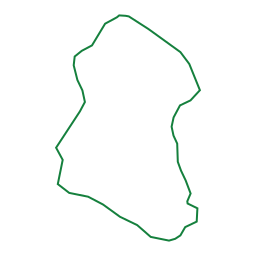 Divaca, Albers equal-area conic projection
{"feature_id": "SVN-1025", "entity_name": "Divaca", "entity_type": "Municipality", "adm_level": 1, "iso_a3": "SVN", "parent_name": "Slovenia", "parent_adm1": "", "projection": "albers", "projection_center": [14.026, 45.685], "detail": "fine", "context": "isolated", "style": "outline", "palette": "green", "viewbox_px": 256, "rotation_deg": 0, "n_neighbors": 0, "source": "natural_earth", "source_scale": "10m", "svg_char_len": 638}
<svg xmlns="http://www.w3.org/2000/svg" viewBox="0 0 256 256"><path d="M148.4,29.0L180.4,52.1L189.3,64.0L199.9,90.2L190.5,100.4L180.0,105.4L173.6,117.4L171.6,126.7L173.5,135.6L177.2,143.6L177.8,161.8L181.0,170.6L185.7,180.5L190.6,193.5L187.3,201.3L187.6,203.5L197.4,208.3L196.7,221.6L185.2,227.1L180.4,235.4L175.2,238.8L169.0,240.6L150.7,236.9L137.2,225.1L120.0,216.8L103.0,204.5L88.1,196.7L69.2,192.9L57.8,184.1L62.7,159.9L56.1,147.7L79.9,111.4L84.9,102.0L82.4,90.4L77.4,80.0L73.7,65.3L74.7,56.5L81.8,50.8L92.0,45.4L105.1,23.7L116.9,17.3L119.2,15.4L125.6,15.8L128.8,16.4L148.4,29.0Z" fill="none" stroke="#15803d" stroke-width="2"/></svg>